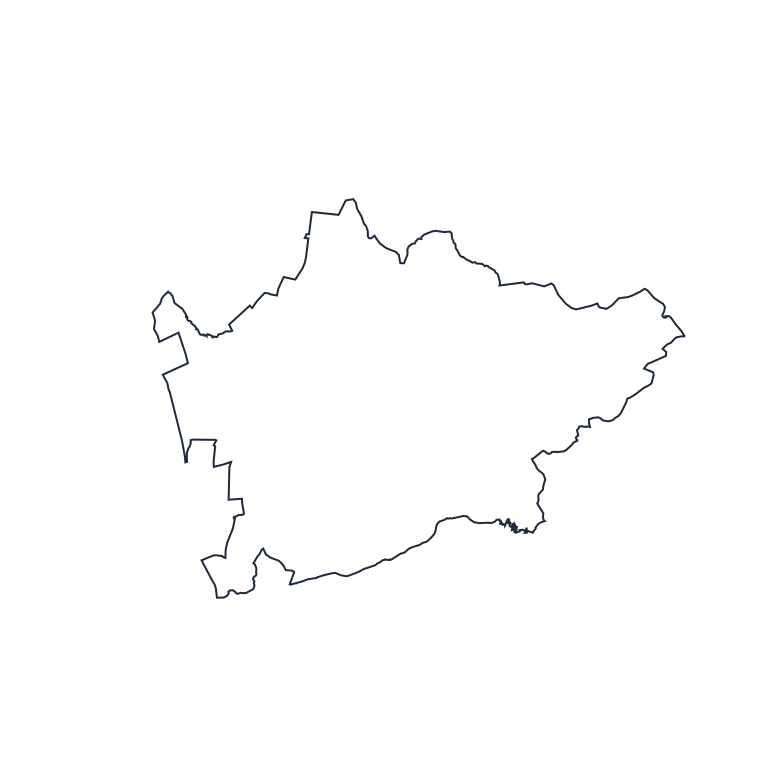 Vintu De Jos, Alba, Romania, rotated 140°
{"feature_id": "2599482B17815307797793", "entity_name": "Vintu De Jos", "entity_type": "district", "adm_level": 2, "iso_a3": "ROU", "parent_name": "Romania", "parent_adm1": "Alba", "projection": "natural_earth1", "projection_center": [23.464, 46.01], "detail": "fine", "context": "isolated", "style": "outline", "palette": "slate", "viewbox_px": 768, "rotation_deg": 140, "n_neighbors": 0, "source": "geoboundaries", "source_scale": "gbopen_adm2", "svg_char_len": 6166}
<svg xmlns="http://www.w3.org/2000/svg" viewBox="0 0 768 768"><g transform="rotate(140 384 384)"><path d="M347.0,548.6L350.9,546.7L348.3,544.2L362.2,531.3L366.7,527.8L372.0,525.0L384.8,521.0L392.1,530.4L403.6,525.0L409.1,520.6L413.3,525.6L414.1,527.5L416.9,530.5L428.4,529.1L435.9,526.9L436.3,527.1L436.4,530.3L464.5,529.1L466.1,522.3L468.1,523.1L471.1,525.9L475.2,526.5L479.0,528.4L481.4,527.3L482.6,527.8L482.8,528.6L484.2,529.9L484.8,529.5L485.5,529.9L484.8,531.3L486.2,534.4L486.9,534.5L487.3,535.6L487.8,535.8L488.5,535.6L489.2,534.6L489.6,536.0L490.9,537.0L490.4,537.8L492.2,538.9L492.9,540.0L492.9,541.5L491.7,545.4L492.7,546.6L491.9,546.9L491.6,549.5L492.5,554.8L491.7,555.4L492.1,557.1L493.1,557.8L493.3,559.7L491.6,561.7L491.5,562.3L492.5,562.6L491.0,564.6L490.2,571.1L492.4,580.7L489.4,587.5L489.6,589.1L489.3,590.4L489.6,591.8L490.5,592.7L490.2,593.5L496.8,593.0L499.7,592.1L503.8,589.4L515.3,587.5L518.1,580.9L519.3,579.0L524.5,574.3L525.1,573.0L526.4,566.1L529.1,560.7L508.4,555.4L516.5,535.0L520.8,526.0L547.5,533.3L549.4,523.9L552.4,518.6L553.4,515.3L575.5,469.8L583.2,456.4L586.5,451.6L584.7,451.0L583.2,453.3L579.0,458.2L575.0,460.5L572.6,461.2L570.1,462.9L568.1,465.3L566.1,464.2L549.4,449.9L548.7,448.6L553.8,446.6L553.5,444.8L553.8,444.4L564.4,434.1L567.6,429.9L559.4,425.9L551.2,422.6L555.8,419.8L577.4,395.2L566.6,387.4L568.9,384.4L574.6,374.7L576.3,374.7L579.8,377.1L582.9,377.8L584.5,378.6L585.3,377.7L584.2,377.2L592.4,370.6L605.8,363.4L609.7,360.5L612.7,357.9L617.3,352.7L618.3,354.5L618.4,356.0L622.8,360.9L625.4,362.5L637.1,366.2L641.9,343.9L642.7,339.0L644.1,335.7L649.3,327.7L644.3,323.6L641.9,322.9L639.7,322.7L637.5,323.5L636.9,324.8L634.9,325.0L632.3,323.1L631.6,320.1L631.8,319.2L631.2,317.5L627.9,316.1L626.3,314.2L623.7,312.5L616.1,310.9L612.9,312.7L611.7,315.2L610.4,315.8L609.8,318.7L607.8,319.9L605.1,319.6L604.0,320.3L602.8,322.3L601.2,323.7L600.0,325.4L598.9,329.0L599.4,330.5L591.6,333.3L588.9,333.6L583.8,335.8L582.3,335.5L584.0,329.5L582.7,324.2L578.2,316.3L577.6,310.5L578.8,304.5L574.9,300.7L573.7,298.4L573.7,297.6L585.0,291.1L584.3,290.2L580.2,288.5L579.2,287.6L578.7,287.7L575.0,285.9L568.0,283.4L560.3,278.8L559.2,278.8L552.4,275.9L546.0,272.7L542.7,270.6L540.0,265.2L536.4,261.0L534.4,259.9L524.0,256.3L518.5,255.3L507.2,250.8L503.9,250.7L501.7,250.0L498.3,249.9L496.8,248.9L496.0,249.0L493.7,246.2L492.3,245.8L492.4,245.3L490.7,244.7L480.5,243.4L476.4,241.6L471.3,241.9L466.8,240.7L460.1,237.8L456.8,237.5L452.5,235.7L446.6,236.0L441.8,236.8L438.2,238.9L435.7,241.2L432.9,242.7L429.9,243.0L425.5,241.2L422.0,240.7L421.5,239.7L420.1,239.0L418.5,237.4L408.1,231.9L406.1,229.9L405.4,228.7L405.2,224.9L403.9,220.4L400.6,216.3L393.9,211.2L391.1,208.5L387.7,207.3L385.0,207.6L382.7,206.0L383.5,205.0L383.4,204.6L382.7,204.2L382.4,204.7L382.6,203.4L383.1,203.3L383.3,202.6L383.1,201.6L385.7,202.8L384.0,201.6L384.0,200.8L383.2,200.1L383.4,199.9L382.0,199.1L382.6,197.6L379.4,199.3L378.9,198.9L378.3,199.9L377.9,199.6L376.7,200.8L375.4,200.3L375.5,199.8L376.4,200.1L377.7,198.5L377.4,197.5L376.4,198.1L376.3,197.0L375.6,196.7L377.1,196.7L376.7,196.3L376.8,195.8L378.6,195.4L379.0,194.0L378.1,192.9L378.9,192.1L375.9,193.5L375.6,194.0L374.2,193.8L375.0,192.7L375.7,192.8L375.4,192.4L376.3,191.6L378.3,191.1L380.0,189.9L379.0,189.5L375.8,190.9L375.5,190.7L375.7,189.5L374.5,190.7L374.7,189.8L374.1,189.0L377.5,187.9L376.6,187.3L379.9,186.6L378.2,186.1L378.6,185.5L377.2,184.8L376.8,185.0L376.0,184.3L374.7,184.0L374.2,184.2L374.0,184.8L373.0,184.3L373.0,183.7L371.8,183.5L371.0,182.7L370.7,181.4L368.7,180.9L367.9,181.8L367.6,181.6L368.6,180.4L369.6,180.7L369.1,179.6L369.9,179.5L370.8,180.0L370.8,179.5L371.7,179.4L370.4,178.3L370.1,178.4L370.5,179.0L370.2,179.4L368.4,179.3L366.1,175.2L365.5,175.2L365.4,174.5L360.5,175.9L360.1,176.6L355.8,177.7L352.1,176.9L349.1,175.7L349.4,176.4L348.0,179.7L345.1,182.5L343.4,194.0L342.3,194.2L340.1,195.9L337.7,199.2L336.5,200.1L330.1,201.0L327.4,203.5L321.7,207.4L320.0,212.2L320.2,214.8L321.1,218.2L321.1,220.9L319.9,225.3L319.5,229.5L318.9,231.4L317.4,231.0L305.2,230.7L304.1,228.9L303.5,225.6L302.1,224.3L301.2,223.8L299.0,223.9L295.6,221.4L295.5,220.7L289.3,216.7L286.4,216.3L280.0,216.6L275.8,217.3L272.4,216.3L272.0,216.8L272.1,217.6L271.6,219.6L269.8,219.9L268.3,219.7L265.8,224.6L263.3,225.1L261.7,225.9L259.3,224.3L258.8,223.2L256.8,221.3L255.1,220.4L253.8,218.7L252.2,222.0L249.7,225.2L245.7,223.7L241.2,220.7L240.2,218.6L239.8,215.6L236.4,211.4L232.9,209.6L230.5,209.2L228.7,209.5L225.2,208.8L221.8,209.3L219.6,210.1L210.2,214.3L207.0,216.4L203.8,215.3L197.1,214.4L188.0,214.1L181.7,212.7L178.7,212.5L171.8,217.4L170.3,219.9L174.9,228.7L169.2,229.9L149.9,224.3L147.3,227.0L148.0,231.9L141.6,232.3L137.7,231.2L131.0,231.9L129.0,231.3L125.5,229.3L123.9,227.8L123.0,227.7L122.2,232.4L122.2,241.9L121.5,251.1L122.4,253.1L124.9,255.1L125.4,254.7L125.0,253.8L125.8,253.9L126.9,255.1L127.0,256.7L126.6,257.8L122.8,259.5L119.4,262.2L118.7,265.8L121.8,276.1L122.0,286.6L123.2,289.4L128.4,290.1L136.6,292.1L141.1,293.7L149.1,298.8L158.6,297.7L165.2,298.5L169.5,303.9L169.7,305.1L168.8,308.5L175.1,310.8L188.8,317.6L191.4,321.5L193.1,328.5L193.2,340.0L190.5,350.7L191.2,353.4L198.5,355.8L205.9,366.1L210.2,368.3L211.9,370.0L211.5,371.9L232.2,385.2L230.0,387.0L226.7,394.0L226.3,395.6L226.9,397.7L226.3,399.7L228.8,406.7L228.5,407.7L229.9,409.2L231.0,409.3L231.6,412.9L235.8,417.0L235.9,418.8L238.3,420.1L238.6,421.5L239.2,422.2L239.1,423.4L240.2,424.6L241.5,428.8L241.5,430.3L242.6,431.0L243.3,433.8L242.7,435.3L241.7,442.0L239.6,444.9L239.4,445.8L239.8,447.2L238.8,449.6L238.1,452.2L236.9,453.5L236.6,454.5L235.5,455.5L235.4,458.1L237.9,460.2L239.5,460.9L246.2,468.3L249.2,470.0L257.3,472.6L261.1,472.5L262.1,471.1L264.0,473.0L264.7,473.2L267.4,473.0L269.9,471.9L272.5,473.3L276.6,473.5L279.9,471.9L281.2,469.8L283.3,467.8L291.1,463.6L293.8,466.1L289.7,473.3L289.9,477.3L294.9,486.5L296.8,494.2L296.5,499.6L295.9,503.6L300.3,503.9L301.7,505.3L301.5,507.4L298.1,511.6L296.3,516.4L296.1,517.6L296.4,519.5L293.5,526.9L292.0,535.6L288.9,541.0L289.0,543.5L288.7,545.3L295.3,549.2L310.1,542.8L328.7,562.1L345.2,546.9L347.0,548.6Z" fill="none" stroke="#1e293b" stroke-width="2"/></g></svg>